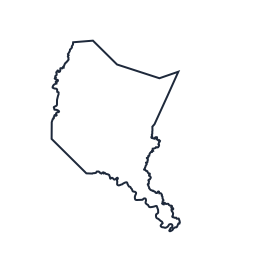 outline of San Francisco, Veraguas, Panama, rotated 27°
{"feature_id": "35544464B34923513195419", "entity_name": "San Francisco", "entity_type": "district", "adm_level": 2, "iso_a3": "PAN", "parent_name": "Panama", "parent_adm1": "Veraguas", "projection": "orthographic", "projection_center": [-80.952, 8.301], "detail": "fine", "context": "isolated", "style": "outline", "palette": "slate", "viewbox_px": 256, "rotation_deg": 27, "n_neighbors": 0, "source": "geoboundaries", "source_scale": "gbopen_adm2", "svg_char_len": 5983}
<svg xmlns="http://www.w3.org/2000/svg" viewBox="0 0 256 256"><g transform="rotate(27 128 128)"><path d="M40.2,76.5L40.6,77.6L41.1,78.7L40.9,80.3L40.9,80.9L41.5,81.8L41.1,83.6L40.7,84.4L41.1,85.5L41.2,86.1L41.1,88.6L40.9,89.4L41.2,89.7L42.1,90.1L42.1,90.4L41.8,91.0L41.9,91.5L42.1,91.8L43.1,92.4L43.6,93.6L44.0,94.1L43.7,95.4L43.7,96.1L43.3,96.7L43.3,97.6L42.8,98.2L42.6,99.7L42.8,102.0L43.3,103.5L43.1,103.6L42.4,103.4L42.3,104.7L41.1,105.1L40.7,105.5L40.8,106.0L41.3,106.9L41.6,107.9L41.7,108.5L41.5,109.0L41.1,109.4L40.7,109.5L40.0,108.8L39.5,108.6L39.2,108.7L39.1,108.9L39.2,109.9L38.8,110.9L39.0,111.3L39.7,111.9L40.3,113.0L40.2,113.7L39.8,114.2L39.7,114.6L39.9,115.4L40.8,115.9L40.7,116.2L40.2,116.5L40.3,117.2L40.5,117.3L42.6,117.3L43.6,117.1L43.9,117.3L44.1,117.8L44.1,118.2L43.9,118.7L43.6,118.9L42.8,119.1L42.6,119.4L42.8,119.9L43.9,120.4L44.1,120.9L43.4,121.4L42.3,123.1L42.1,124.3L42.2,125.6L42.5,126.2L43.2,126.3L44.6,126.2L46.1,125.6L46.9,125.7L47.3,125.8L47.5,126.1L48.5,127.9L49.7,127.7L50.0,127.8L50.9,129.7L51.0,131.0L52.0,135.2L54.0,139.2L54.2,139.9L54.2,140.3L54.1,140.7L52.6,142.7L52.5,142.9L52.5,143.2L54.1,145.0L54.3,145.0L56.0,144.3L57.3,144.1L58.7,144.3L59.1,144.7L59.0,145.3L57.9,146.1L57.5,146.7L57.3,147.4L57.3,147.7L57.5,148.0L58.6,149.0L58.4,149.6L57.6,150.0L57.0,149.6L56.8,149.8L57.0,150.5L56.8,150.8L57.1,151.5L56.9,152.3L57.0,152.6L57.4,152.8L57.3,153.7L56.9,154.2L57.4,157.4L64.9,172.4L111.5,187.3L116.9,184.8L117.3,184.2L118.8,183.3L119.7,182.6L119.9,182.0L119.9,181.1L120.5,180.7L121.6,180.1L122.1,180.3L122.6,180.2L123.9,180.8L124.6,180.6L125.1,180.6L125.4,180.0L125.5,179.3L126.3,178.7L126.5,178.8L126.7,179.3L127.1,179.5L127.3,179.3L127.3,178.8L127.6,178.5L129.2,178.9L131.1,178.4L132.5,178.4L132.8,178.6L133.2,179.1L133.7,179.4L134.9,180.9L135.3,181.1L135.6,180.8L136.0,179.9L136.5,179.6L137.2,179.6L138.8,180.2L139.4,180.1L139.9,179.6L140.7,177.6L141.0,177.2L141.5,177.2L141.7,177.4L141.9,177.6L141.9,178.2L141.8,179.0L142.1,179.9L142.7,180.5L143.8,183.0L144.3,183.4L144.8,183.5L145.7,183.4L146.5,182.8L147.6,181.5L148.4,180.8L149.0,179.5L150.3,177.8L151.2,177.1L151.7,177.0L152.3,177.3L153.1,178.2L155.2,179.6L155.5,179.7L156.5,179.5L156.9,179.5L158.0,180.3L159.0,180.6L160.9,182.2L161.6,182.2L163.1,181.7L164.0,181.8L164.5,182.0L164.8,182.4L165.0,183.0L165.1,185.1L165.4,186.4L166.3,187.8L166.8,188.3L167.3,188.5L168.3,188.3L173.3,185.5L173.6,185.2L173.8,184.4L174.2,183.6L174.7,183.2L175.3,183.0L175.6,183.0L176.0,183.2L176.8,184.1L177.1,184.8L177.3,186.0L177.7,186.8L179.0,187.4L180.8,187.5L182.3,188.5L182.9,188.7L183.7,188.5L185.1,187.6L186.5,186.5L188.4,184.7L189.1,184.6L192.0,187.3L193.3,189.7L193.2,190.5L192.5,191.8L192.3,192.2L192.6,193.2L193.0,193.9L193.8,194.9L194.4,195.2L195.2,195.3L196.3,195.2L199.0,195.9L200.8,196.1L201.6,196.6L202.1,197.2L201.5,198.8L201.4,199.7L201.5,200.3L201.9,200.7L202.8,200.9L203.5,200.9L204.7,200.4L206.3,200.1L206.9,199.7L207.5,199.0L208.1,198.0L208.3,197.3L208.4,195.8L208.6,195.1L209.5,194.3L210.4,194.0L211.2,194.2L211.7,194.6L212.0,195.0L212.2,195.5L212.2,196.6L212.0,197.1L211.6,197.5L211.4,197.9L211.4,200.7L211.6,200.9L211.9,201.0L212.4,200.8L212.9,200.4L213.1,199.9L213.9,198.9L214.1,196.9L214.5,196.1L215.2,195.0L216.1,194.6L216.4,194.2L216.5,193.2L216.3,191.0L216.3,190.2L216.6,189.7L217.2,189.7L217.1,188.7L216.7,188.1L215.7,186.9L215.0,186.4L214.5,185.8L214.3,185.7L214.0,185.8L212.9,186.6L212.6,186.7L212.3,186.6L211.6,186.1L210.0,186.9L209.2,186.8L208.4,187.1L207.7,186.9L207.5,186.4L207.7,185.9L207.6,185.3L207.0,183.7L206.2,182.9L204.8,182.2L203.9,181.3L203.9,181.0L204.2,180.5L205.0,180.2L205.1,179.8L204.9,179.3L204.7,179.1L203.5,179.7L202.7,179.3L202.6,179.1L202.9,178.5L202.8,177.8L202.4,177.5L201.9,177.5L200.7,178.0L200.3,178.1L199.2,177.9L198.4,177.3L197.2,177.8L196.5,178.4L195.9,178.5L195.1,178.1L194.6,178.0L194.4,178.2L194.4,178.4L194.6,179.5L194.6,179.8L194.0,180.0L192.7,179.8L192.6,179.5L192.8,178.5L192.2,177.8L192.1,177.5L192.4,176.7L192.4,176.3L191.9,175.8L191.1,175.4L190.7,175.0L189.9,173.6L188.8,173.0L188.7,172.3L188.4,172.0L187.4,171.4L186.9,171.3L186.4,171.4L185.6,172.0L184.8,171.3L184.5,170.7L184.0,170.7L183.6,171.1L183.6,171.7L183.4,171.9L183.3,172.8L182.9,173.0L182.5,173.1L181.9,173.1L181.1,172.6L180.3,172.5L179.4,172.7L178.8,172.5L178.3,172.9L177.7,172.7L176.8,172.9L176.2,172.9L174.2,172.1L173.8,171.3L172.9,170.7L172.1,169.9L171.5,169.6L171.2,169.2L171.2,168.9L171.7,168.5L171.8,168.2L171.2,167.1L170.9,166.0L170.2,165.6L169.9,165.3L170.0,164.6L170.8,163.8L170.8,162.7L170.9,162.1L170.7,161.7L169.9,161.1L169.4,160.9L168.6,161.0L168.4,160.9L168.1,160.3L168.4,159.3L168.1,158.8L167.7,158.8L166.8,159.0L166.3,158.9L165.6,158.5L165.0,157.8L164.7,157.7L163.6,158.0L162.4,157.4L161.6,157.8L161.3,157.8L161.1,157.6L161.1,157.4L161.4,156.7L161.3,156.0L161.1,155.6L161.2,154.6L160.9,153.8L161.1,151.8L160.8,151.2L160.0,151.0L159.8,150.7L160.0,150.4L160.7,149.9L160.8,149.4L160.3,148.5L160.3,147.7L159.7,146.5L159.5,146.4L158.8,146.5L158.5,146.3L158.4,146.1L159.2,145.2L159.3,144.8L159.3,144.5L158.8,143.9L158.8,143.7L159.2,143.4L159.5,143.0L159.0,141.5L159.0,140.4L159.4,138.9L160.1,138.6L160.3,138.4L160.2,138.2L159.8,137.9L159.7,137.4L160.0,137.2L160.5,137.4L160.8,137.0L159.8,136.3L159.4,135.2L160.3,134.6L161.6,133.3L161.7,133.1L161.7,132.4L163.3,131.8L163.6,131.4L163.6,131.0L163.7,130.0L163.5,129.2L163.2,128.8L162.5,128.7L162.4,128.6L162.4,127.4L162.2,126.8L162.5,125.7L162.4,125.0L161.9,124.9L161.4,124.6L161.2,124.7L161.2,125.2L161.0,125.4L160.2,125.2L159.5,124.8L158.6,125.1L158.5,124.9L158.7,124.5L158.2,123.3L157.9,123.1L156.8,123.7L156.5,124.2L156.6,124.6L156.4,124.8L156.5,125.2L156.3,125.6L155.6,125.5L155.3,125.8L154.7,125.8L153.8,126.1L153.3,126.0L153.0,125.7L152.9,125.4L153.0,125.1L153.4,124.8L153.3,124.3L152.6,123.7L152.3,123.2L152.2,122.8L152.3,122.2L151.1,119.9L151.1,119.6L150.7,118.7L149.1,115.7L149.9,112.6L148.6,81.7L147.3,55.0L133.4,69.4L89.4,76.4L57.1,66.1L40.2,76.5Z" fill="none" stroke="#1e293b" stroke-width="2"/></g></svg>